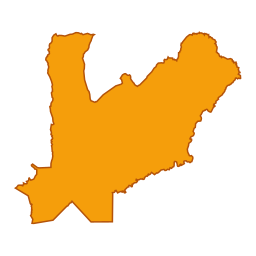 outline of Luano, Central, Zambia
{"feature_id": "96606910B16035329871790", "entity_name": "Luano", "entity_type": "district", "adm_level": 2, "iso_a3": "ZMB", "parent_name": "Zambia", "parent_adm1": "Central", "projection": "robinson", "projection_center": [29.687, -14.461], "detail": "fine", "context": "isolated", "style": "filled", "palette": "amber", "viewbox_px": 256, "rotation_deg": 0, "n_neighbors": 0, "source": "geoboundaries", "source_scale": "gbopen_adm2", "svg_char_len": 5700}
<svg xmlns="http://www.w3.org/2000/svg" viewBox="0 0 256 256"><path d="M32.0,223.3L33.8,223.4L53.0,220.2L66.8,206.2L67.8,205.9L69.6,203.3L71.2,202.6L71.2,202.2L71.7,202.0L72.0,201.3L91.0,221.9L112.4,221.8L112.7,193.6L112.4,192.6L114.2,192.4L115.1,191.5L115.1,190.6L116.1,190.4L117.6,192.9L120.3,191.5L122.4,192.1L122.6,191.9L122.2,191.2L123.0,191.0L123.8,191.4L123.9,192.2L124.4,192.8L125.0,192.9L125.8,192.3L125.3,191.2L124.8,191.1L124.9,189.8L127.6,187.1L128.7,186.9L128.7,186.0L129.1,185.4L130.7,185.8L131.3,186.7L132.1,186.6L132.4,185.8L132.0,184.4L132.2,184.1L133.2,184.0L134.3,182.8L136.3,182.6L137.4,181.4L137.5,180.8L136.0,180.1L136.3,179.3L137.8,180.3L138.2,179.7L139.0,179.8L140.6,178.9L141.9,179.1L142.4,178.8L143.0,179.4L143.9,179.3L144.5,178.6L144.4,177.8L145.7,176.5L146.8,176.0L147.3,176.2L148.0,175.4L148.1,174.4L148.5,174.2L148.8,174.9L150.1,174.3L151.6,172.4L154.5,174.6L156.7,172.9L157.3,173.1L158.5,172.5L161.1,170.0L164.0,169.4L165.0,170.5L166.2,170.3L167.5,169.3L169.3,169.7L170.1,167.8L171.6,168.3L172.5,167.1L173.7,166.7L174.1,165.6L174.2,162.2L174.9,161.4L176.5,161.9L177.2,164.1L177.4,165.7L177.8,166.3L178.5,166.4L179.1,166.2L179.5,165.6L180.3,165.5L180.0,164.6L180.5,164.2L181.1,164.3L181.6,165.2L184.1,163.8L184.4,163.2L183.9,162.7L183.8,161.7L184.2,161.0L186.2,160.8L187.2,161.9L189.0,161.8L190.0,162.6L191.5,161.6L191.8,161.6L192.8,158.7L192.8,157.1L191.4,155.6L190.3,155.9L189.4,155.6L187.7,152.0L187.3,149.1L188.5,145.7L188.8,143.3L191.0,141.6L191.7,140.1L191.5,139.1L190.3,139.3L190.0,139.0L190.0,138.5L190.9,136.9L193.4,135.6L194.2,133.8L194.1,133.0L193.1,131.5L194.1,128.3L195.3,127.4L195.6,123.7L197.7,121.3L200.7,121.0L201.2,119.8L201.4,118.4L201.2,117.3L200.4,116.1L200.4,115.4L201.2,114.5L202.8,111.2L203.9,110.9L204.5,110.3L205.2,110.3L205.4,109.9L206.8,109.3L207.4,109.6L207.9,110.7L209.0,111.5L210.3,112.1L211.1,111.9L213.3,107.5L215.0,106.1L214.5,105.4L213.6,105.6L213.7,104.3L216.0,102.9L215.9,101.3L218.5,99.1L218.1,98.5L218.4,97.6L222.5,94.6L222.7,93.6L223.6,92.9L224.9,90.9L225.1,89.7L225.9,88.8L225.9,87.8L227.1,86.0L228.3,85.2L229.7,85.0L230.0,84.4L231.1,84.0L232.3,82.6L232.9,82.5L233.6,81.1L235.0,79.9L235.5,78.2L236.3,78.0L237.6,78.9L238.5,78.1L240.1,78.6L240.6,78.3L240.4,75.5L238.3,74.2L239.1,72.8L239.8,72.8L240.0,72.3L239.0,71.7L238.6,70.7L238.8,70.3L238.3,69.5L238.8,67.7L237.0,67.0L236.7,65.0L236.0,64.7L236.1,64.0L236.5,63.6L236.1,63.0L236.1,62.2L235.6,62.2L235.3,62.7L234.2,62.7L233.7,61.6L233.4,62.2L233.0,61.3L232.3,61.0L232.2,59.5L231.4,59.0L230.4,58.6L227.7,59.2L223.4,57.0L222.8,56.9L221.5,57.6L221.2,57.2L221.2,56.3L219.7,56.4L218.6,53.6L217.5,53.2L217.3,52.5L216.4,52.0L217.1,47.9L216.9,46.6L216.3,46.0L216.0,44.2L214.9,43.6L216.0,42.4L216.0,41.7L215.2,40.8L215.0,40.0L212.3,38.7L212.1,37.8L211.2,37.6L210.3,36.7L209.6,36.8L209.1,37.4L208.7,35.2L208.5,35.5L207.6,34.4L206.6,34.2L205.9,33.6L205.2,34.0L204.9,33.8L204.5,34.7L204.2,33.8L203.8,34.2L203.5,33.7L202.0,33.4L201.8,33.0L199.8,32.9L199.5,32.6L199.4,33.3L198.2,33.1L196.8,34.1L196.1,33.5L194.8,34.0L194.1,33.2L193.0,33.3L192.8,33.5L193.0,34.1L192.3,34.5L192.1,35.1L191.2,34.6L189.5,34.7L186.6,37.0L182.7,41.9L182.1,43.1L181.3,43.2L180.9,45.3L181.4,47.1L180.9,48.3L180.6,50.6L179.8,51.4L179.6,52.5L178.6,52.7L178.5,56.6L177.8,58.6L177.0,59.4L176.7,60.8L175.5,59.8L174.4,59.9L174.3,59.3L172.9,59.5L172.6,58.1L168.8,57.9L168.1,57.0L167.2,59.3L165.9,59.7L164.6,59.4L164.0,60.3L164.3,61.3L163.9,62.8L163.0,63.1L161.8,62.8L158.3,63.1L156.6,64.9L156.0,66.7L154.1,68.2L151.8,71.8L147.2,76.4L146.7,78.0L139.7,85.0L138.3,85.5L137.5,86.4L135.3,85.2L134.3,84.1L134.1,83.3L133.2,82.6L131.0,79.5L130.5,78.2L130.7,77.4L130.5,76.0L129.6,74.9L128.7,75.3L127.6,75.3L125.6,73.7L124.4,73.8L122.5,74.9L120.3,78.4L121.6,79.7L122.4,83.1L121.2,84.2L115.8,85.9L103.2,94.8L96.7,101.7L95.9,101.6L94.9,102.3L90.9,100.7L90.2,99.0L89.7,94.2L89.0,91.6L87.6,89.7L84.6,79.9L83.7,70.8L84.3,68.7L84.5,64.2L82.5,58.1L83.3,56.8L83.5,54.0L84.2,53.5L85.1,51.9L87.6,50.0L88.2,48.9L88.8,47.7L89.1,45.2L90.1,42.6L91.2,40.6L91.3,39.8L92.9,35.6L94.3,34.6L93.3,34.3L90.9,34.8L87.6,33.4L83.0,34.7L81.4,33.4L80.8,33.8L78.4,32.8L75.9,32.6L72.2,34.2L70.1,34.3L65.0,36.1L61.7,35.5L58.9,35.4L57.9,36.1L56.8,35.5L55.9,33.8L53.8,35.1L52.1,37.7L52.1,41.3L51.1,42.9L49.8,43.8L49.3,45.3L49.5,47.9L49.3,48.5L48.1,49.4L48.2,50.5L49.3,51.4L49.1,51.9L49.5,53.2L49.0,54.1L47.7,55.0L47.4,55.8L47.5,56.5L46.7,56.9L46.0,58.1L45.8,59.9L47.0,61.2L47.5,62.4L48.2,63.3L47.9,64.1L48.7,66.8L48.6,67.7L47.9,70.1L48.0,71.7L47.7,73.0L49.8,76.8L51.5,81.2L52.5,85.0L51.9,86.4L52.5,89.3L52.3,90.2L52.6,91.1L51.4,92.8L52.2,97.5L52.8,98.0L53.0,98.7L52.7,100.7L51.1,103.2L50.8,106.3L49.9,106.4L49.8,106.7L50.3,108.9L50.5,111.5L52.7,117.8L53.0,121.3L53.9,123.9L52.6,124.8L51.4,124.4L50.5,129.7L50.9,130.1L50.8,130.7L51.1,130.9L51.5,133.1L51.0,134.0L51.3,134.4L51.1,134.7L52.3,135.8L51.8,136.5L52.4,137.3L52.6,138.5L52.1,139.0L52.2,139.5L51.5,139.7L51.2,140.4L51.3,141.2L51.9,141.7L51.3,142.3L51.4,143.0L52.4,144.6L51.5,145.7L51.9,147.1L52.2,151.5L52.6,151.8L52.7,152.9L52.5,154.0L52.8,156.0L52.3,159.2L51.8,160.2L51.0,163.4L50.9,167.4L39.1,167.9L37.4,167.6L32.6,164.1L31.4,165.1L31.7,166.0L34.2,168.0L34.7,169.0L35.9,169.2L36.8,169.9L36.7,174.4L35.5,175.7L34.1,178.6L33.6,179.2L30.8,180.2L29.2,178.0L28.9,178.2L28.7,179.9L28.3,180.8L26.5,181.4L27.1,182.2L27.0,183.5L26.4,183.8L25.2,183.8L23.5,183.0L23.7,184.6L22.9,185.0L22.7,185.7L21.9,185.1L21.5,185.4L20.1,185.1L18.2,185.3L16.7,187.2L15.4,188.1L28.2,195.8L30.3,203.6L30.9,204.4L31.2,204.0L31.9,204.4L31.3,206.4L31.7,207.2L31.7,208.9L31.9,209.2L31.6,209.8L31.9,210.0L31.5,211.7L31.7,212.4L31.4,212.6L31.4,214.5L30.6,215.5L32.8,219.2L32.0,223.3Z" fill="#f59e0b" stroke="#b45309" stroke-width="1.5"/></svg>